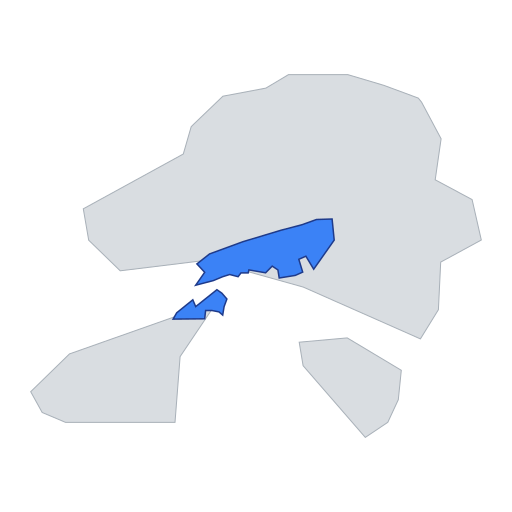 where Tsuen Wan sits in Hong Kong S.A.R.
{"feature_id": "HKG-5165", "entity_name": "Tsuen Wan", "entity_type": "state/province", "adm_level": 1, "iso_a3": "HKG", "parent_name": "Hong Kong S.A.R.", "parent_adm1": "", "projection": "orthographic", "projection_center": [114.074, 22.367], "detail": "fine", "context": "in_parent", "style": "filled", "palette": "blue", "viewbox_px": 512, "rotation_deg": 0, "n_neighbors": 0, "source": "natural_earth", "source_scale": "10m", "svg_char_len": 1145}
<svg xmlns="http://www.w3.org/2000/svg" viewBox="0 0 512 512"><path d="M191.2,126.7L193.7,124.2L222.9,96.2L265.9,88.1L288.5,74.6L347.7,74.6L384.0,85.4L418.3,98.1L421.6,102.2L441.1,138.8L435.2,179.8L472.1,199.6L481.3,240.0L440.7,262.1L438.4,309.7L420.4,338.9L303.3,287.1L206.9,260.2L120.2,270.8L88.7,240.2L83.3,208.8L183.3,154.0L191.2,126.7ZM175.0,422.4L65.6,422.4L42.2,412.5L30.7,391.7L69.5,353.9L217.0,301.8L180.1,356.6L175.0,422.4ZM387.8,422.3L365.3,437.4L303.1,365.7L299.2,342.2L347.2,337.9L401.3,370.3L398.3,399.7L387.8,422.3Z" fill="#d9dde1" stroke="#a8b0b8" stroke-width="1"/><path d="M279.2,278.0L277.9,269.9L272.2,266.1L265.6,272.8L248.9,269.9L248.2,272.9L241.0,272.9L238.1,276.7L229.7,274.5L222.7,276.7L213.3,280.6L195.7,285.2L204.7,272.3L196.9,263.9L209.6,253.9L242.9,241.7L281.1,230.2L301.7,224.8L316.5,219.5L332.1,219.0L334.2,240.1L313.7,269.2L305.9,256.2L298.8,259.3L302.7,272.1L295.3,275.4L279.2,278.0ZM173.1,319.1L176.7,312.8L192.8,299.8L195.7,306.6L216.9,289.7L221.9,293.2L226.9,299.0L224.1,306.6L222.7,315.1L219.0,311.9L211.9,310.5L205.6,310.5L204.7,318.8L173.1,319.1Z" fill="#3b82f6" stroke="#1e3a8a" stroke-width="1.5"/></svg>